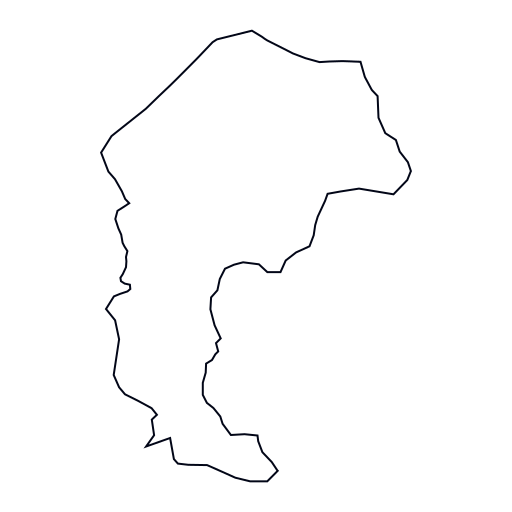 Psevdas, Larnaca, Cyprus
{"feature_id": "46923920B98368391425464", "entity_name": "Psevdas", "entity_type": "district", "adm_level": 2, "iso_a3": "CYP", "parent_name": "Cyprus", "parent_adm1": "Larnaca", "projection": "equal_earth", "projection_center": [33.47, 34.949], "detail": "fine", "context": "isolated", "style": "outline", "palette": "ink", "viewbox_px": 512, "rotation_deg": 0, "n_neighbors": 0, "source": "geoboundaries", "source_scale": "gbopen_adm2", "svg_char_len": 1750}
<svg xmlns="http://www.w3.org/2000/svg" viewBox="0 0 512 512"><path d="M101.1,152.6L103.7,159.4L108.4,171.6L115.0,179.2L121.9,191.3L125.2,199.0L129.2,203.2L124.3,206.5L117.5,210.8L115.3,219.0L118.4,228.4L121.2,234.6L122.6,242.8L124.3,246.2L127.4,251.1L126.0,257.0L126.4,261.3L126.0,267.2L122.8,274.1L120.4,277.8L121.0,281.2L124.7,283.6L129.9,284.7L130.3,289.0L127.5,291.4L120.0,293.9L113.9,296.4L106.0,309.0L115.1,320.3L119.1,339.3L113.7,375.0L119.1,387.3L125.0,394.3L138.4,401.0L151.6,408.2L156.9,414.8L151.8,419.6L154.1,435.2L146.1,446.5L170.1,438.0L173.9,459.1L177.9,463.6L188.3,464.8L207.1,465.1L222.2,471.8L235.3,477.7L250.0,481.3L267.3,481.3L277.7,470.8L277.4,470.5L271.8,462.1L262.4,452.2L258.2,441.2L257.5,435.5L244.5,434.2L230.9,435.0L222.6,423.8L220.3,416.5L213.4,408.0L206.9,402.9L202.8,394.9L202.8,389.0L202.8,382.8L205.7,372.7L206.1,363.6L212.0,360.0L215.3,354.3L218.2,351.4L216.0,343.1L220.7,338.4L214.6,325.3L210.4,309.3L211.1,297.4L217.4,290.3L219.8,279.0L225.0,268.7L234.0,264.7L243.1,262.3L258.9,264.3L267.3,272.1L280.5,272.1L285.7,260.5L296.1,252.4L309.5,246.3L313.7,235.3L315.2,225.1L317.7,216.7L325.1,200.8L327.6,193.8L340.4,191.5L359.0,188.6L393.5,194.3L407.3,180.0L410.5,172.0L410.9,171.1L407.9,162.2L399.7,151.6L395.9,140.0L385.3,133.2L378.5,117.8L377.6,96.1L372.3,90.5L371.6,89.6L367.6,82.1L366.2,79.5L365.7,78.6L364.8,76.8L364.5,75.8L360.5,61.8L359.0,61.8L358.9,61.7L357.7,61.7L356.1,61.6L355.4,61.6L351.0,61.4L342.5,61.1L329.3,61.5L319.5,62.1L305.5,58.2L292.8,53.4L291.3,52.6L267.2,40.4L264.7,38.8L262.4,37.1L261.5,36.5L251.9,30.7L216.9,39.4L212.6,42.2L198.7,56.8L195.9,59.7L177.0,78.7L170.7,84.9L159.2,95.8L152.3,102.5L145.8,108.8L115.1,133.2L111.5,136.1L101.1,152.6Z" fill="none" stroke="#020617" stroke-width="2"/></svg>